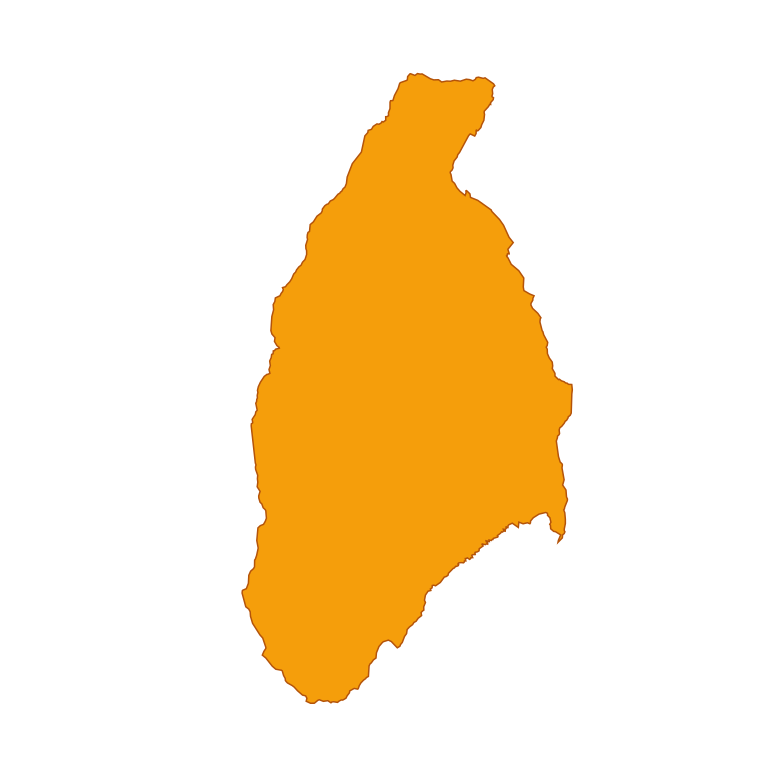 Racoasa, Vrancea, Romania (Robinson projection), rotated 248°
{"feature_id": "2599482B99860020344189", "entity_name": "Racoasa", "entity_type": "district", "adm_level": 2, "iso_a3": "ROU", "parent_name": "Romania", "parent_adm1": "Vrancea", "projection": "robinson", "projection_center": [26.879, 46.017], "detail": "fine", "context": "isolated", "style": "filled", "palette": "amber", "viewbox_px": 768, "rotation_deg": 248, "n_neighbors": 0, "source": "geoboundaries", "source_scale": "gbopen_adm2", "svg_char_len": 6171}
<svg xmlns="http://www.w3.org/2000/svg" viewBox="0 0 768 768"><g transform="rotate(248 384 384)"><path d="M621.3,598.0L630.0,592.4L630.2,590.5L633.1,586.5L633.5,584.3L632.2,582.7L631.8,580.1L634.2,577.3L635.8,574.4L636.2,568.2L639.3,563.0L639.8,559.1L641.4,555.6L642.4,550.6L645.7,548.5L647.3,544.1L649.7,541.3L657.2,535.5L657.8,533.6L659.3,531.3L658.5,528.3L661.7,524.9L661.8,524.1L660.2,521.1L657.3,519.6L657.0,518.5L657.3,512.0L656.7,511.0L652.6,507.7L647.6,501.8L643.8,498.7L643.5,498.3L644.2,496.2L643.1,495.2L637.1,492.7L633.8,489.7L631.1,488.7L630.8,486.9L631.2,485.7L627.9,484.4L627.2,481.5L628.1,480.5L627.1,479.1L626.7,476.7L627.8,474.9L626.9,470.5L624.8,467.8L625.1,464.3L623.2,463.2L621.2,459.2L607.5,449.9L600.2,437.2L589.7,427.4L583.9,424.2L581.2,421.6L580.4,419.3L578.5,416.9L578.3,415.6L577.5,414.5L577.2,412.4L574.5,407.4L574.0,405.9L573.8,402.8L571.9,399.8L572.0,398.1L571.4,395.8L569.3,392.4L567.5,391.5L566.1,389.8L564.7,384.7L560.8,379.3L559.5,375.3L553.4,372.1L553.0,370.3L551.1,368.8L548.6,367.6L546.7,367.3L541.9,363.4L538.7,362.3L536.7,362.2L533.1,360.8L529.0,357.4L527.4,354.0L525.2,351.6L524.5,349.0L522.6,345.7L520.9,344.0L519.8,341.5L516.1,337.8L514.0,334.8L512.5,331.3L511.1,329.1L511.4,326.0L509.3,326.0L507.7,324.6L506.6,322.6L504.8,320.6L504.5,315.5L501.4,313.7L499.1,311.0L494.1,309.4L488.6,305.3L475.8,299.1L472.3,298.8L467.8,300.3L464.5,298.4L459.7,299.1L457.2,300.5L456.4,300.4L456.9,296.5L455.9,294.9L456.2,293.8L453.6,292.5L453.5,290.9L450.7,289.3L448.1,286.6L443.6,285.5L440.5,282.8L436.6,282.2L436.5,279.8L436.8,279.2L435.9,275.8L431.9,270.0L428.6,266.5L425.5,264.3L423.4,263.9L421.0,262.2L418.3,261.3L417.5,260.3L415.5,259.3L414.2,257.9L407.2,256.6L406.2,254.7L403.9,253.2L400.6,248.5L397.6,247.9L397.0,247.4L396.8,246.1L395.0,245.2L358.9,235.1L356.9,235.0L355.2,233.7L352.9,233.0L346.7,232.7L343.5,231.1L340.2,230.2L336.2,227.9L330.9,228.9L327.2,225.9L325.2,225.2L320.8,224.8L318.5,225.8L314.6,225.6L312.0,226.8L310.7,226.9L303.6,224.7L301.2,222.5L299.0,219.7L299.0,216.2L297.8,213.2L286.5,207.4L279.0,205.9L272.8,201.7L269.8,199.1L269.2,198.1L262.9,195.4L261.7,193.8L260.4,190.2L257.3,187.0L250.0,183.6L245.8,179.7L245.7,175.7L245.4,175.2L243.3,174.1L229.2,172.4L226.0,174.3L223.0,174.6L218.6,173.2L211.3,172.5L197.8,175.0L193.9,176.4L184.1,175.8L183.1,175.4L181.1,172.5L178.2,169.6L174.2,171.8L164.2,174.7L160.1,176.8L157.0,181.7L156.2,182.2L151.3,181.7L148.0,182.1L146.0,181.5L144.8,181.8L143.0,182.5L138.8,185.9L136.6,187.2L132.0,188.9L126.1,191.9L124.2,194.5L121.5,194.8L119.0,193.0L115.5,196.3L114.1,199.9L115.5,204.2L115.5,205.7L112.5,208.9L111.4,213.3L108.3,215.4L108.7,216.5L108.3,218.2L106.2,221.7L106.9,223.9L107.0,226.1L106.4,227.4L106.9,231.0L108.7,233.0L110.6,236.2L112.3,237.3L112.9,242.3L111.0,245.2L111.1,245.9L113.6,248.1L115.5,250.6L117.1,254.1L117.7,256.6L118.4,257.7L118.7,260.0L128.3,264.6L129.9,266.5L130.1,267.6L132.2,270.9L132.9,273.9L137.6,276.3L142.5,281.0L145.0,285.8L145.3,287.0L144.9,292.1L142.5,294.3L134.4,297.5L134.9,300.5L136.2,301.7L137.6,304.2L142.2,308.4L144.1,311.4L147.7,313.5L149.2,316.6L150.2,320.4L151.7,322.4L152.0,324.9L154.0,327.9L155.2,332.1L158.2,332.8L159.1,334.7L159.4,336.2L162.6,337.4L165.9,340.6L168.3,340.5L172.7,343.3L175.4,347.2L175.0,350.1L176.6,350.2L177.0,352.2L179.1,353.3L178.8,354.8L177.6,356.2L178.9,361.9L182.4,367.6L182.2,369.5L182.6,371.6L184.4,372.9L187.1,379.1L187.1,380.4L188.1,382.1L187.7,382.9L187.8,384.9L188.7,385.6L189.4,385.1L190.1,386.1L189.6,388.4L188.4,390.8L188.9,391.8L189.8,392.3L189.3,393.6L191.7,394.0L191.4,394.9L191.6,396.1L189.3,397.7L189.7,399.0L190.4,399.5L189.8,401.2L192.3,401.2L192.5,402.5L191.7,404.6L192.1,405.0L193.1,404.8L193.8,405.5L193.4,407.7L193.7,409.6L195.6,410.6L196.7,415.2L198.6,414.8L198.9,415.2L197.1,417.8L197.4,419.3L196.7,420.1L197.9,420.7L199.5,419.7L200.4,419.9L198.5,422.6L200.0,423.0L198.7,424.8L199.3,426.1L199.0,426.7L199.9,427.6L199.5,432.1L199.8,432.5L201.0,432.4L202.0,436.2L202.9,437.6L202.3,438.5L203.0,440.1L204.7,440.2L204.4,440.8L202.4,440.7L202.1,441.2L203.9,442.2L204.4,443.3L205.7,443.5L205.7,443.9L204.7,444.2L204.4,445.1L206.2,446.0L206.7,446.9L206.9,450.8L200.7,454.8L205.4,457.3L202.3,460.6L201.6,465.0L199.8,466.9L200.3,467.7L202.1,468.6L204.1,472.4L205.3,479.0L204.3,485.8L203.4,486.8L202.1,487.0L201.0,486.4L197.9,487.7L193.3,487.0L191.8,485.1L190.7,485.4L187.3,484.3L183.8,486.1L182.8,487.7L177.9,491.3L173.8,487.2L172.0,486.0L174.5,491.7L177.2,493.1L177.8,495.0L179.2,496.4L180.5,496.2L182.0,496.8L186.7,499.9L190.7,501.5L196.9,503.4L200.0,503.5L200.5,504.4L202.2,505.5L207.2,510.3L208.6,511.0L210.9,510.9L217.5,513.0L223.4,511.8L227.7,515.1L239.5,517.6L242.2,519.1L243.1,519.2L245.8,518.1L251.4,518.6L266.6,522.4L269.1,524.6L270.7,525.4L271.4,527.3L272.3,528.2L275.8,529.2L277.6,530.7L278.1,532.8L280.0,536.2L281.8,538.4L281.8,539.5L283.5,541.8L284.5,542.5L285.3,545.0L286.9,546.7L304.4,554.4L308.0,556.4L313.2,557.9L314.6,554.9L316.2,554.1L316.9,552.8L318.6,551.9L320.5,549.7L322.7,548.4L322.7,547.5L327.2,545.5L329.9,546.5L335.2,545.8L337.6,547.2L341.3,548.2L346.3,547.0L350.9,546.9L355.2,548.4L357.4,548.2L358.5,549.7L361.3,551.4L369.8,550.5L373.0,550.9L374.2,550.6L383.1,551.8L385.9,553.3L386.6,554.3L391.9,553.1L398.4,550.1L402.1,549.8L403.7,550.5L406.0,553.4L407.6,554.1L409.6,556.2L412.9,552.8L418.2,548.7L421.8,549.5L429.9,553.3L438.6,551.4L447.3,546.8L454.6,546.2L456.2,545.6L456.9,545.7L456.8,546.2L458.3,547.0L458.5,547.7L457.7,548.6L458.2,549.0L462.5,549.3L466.7,556.8L473.2,554.9L486.4,554.3L493.3,552.7L503.6,548.6L505.2,548.6L519.2,539.7L524.6,534.1L528.1,534.9L532.0,533.2L532.5,532.8L532.4,532.3L530.5,531.7L528.4,529.8L534.0,526.7L538.6,525.1L543.6,524.6L546.6,523.2L553.2,524.6L555.1,524.5L555.9,525.0L556.9,527.3L558.6,529.0L561.2,529.8L564.6,532.6L567.0,536.8L569.0,538.3L570.4,540.8L582.6,555.5L583.6,557.6L579.9,561.0L581.7,563.2L584.7,564.5L584.7,565.0L583.8,565.2L583.7,566.2L585.5,569.9L587.8,571.7L591.1,575.4L596.3,578.2L598.1,578.5L599.4,579.2L602.0,584.6L603.7,586.8L603.2,587.6L604.9,588.2L606.7,591.7L608.4,592.8L609.9,591.8L610.6,592.0L612.4,593.5L616.5,594.7L618.4,596.6L619.0,598.4L621.3,598.0Z" fill="#f59e0b" stroke="#b45309" stroke-width="1.5"/></g></svg>